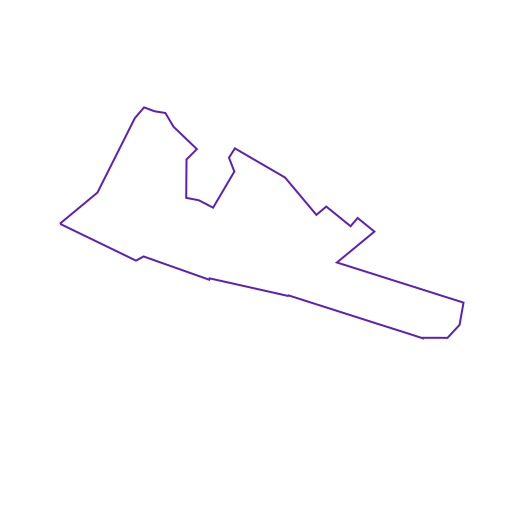 55, Ar Rayyān, Qatar, rotated 50°
{"feature_id": "91078587B56593237076105", "entity_name": "55", "entity_type": "district", "adm_level": 2, "iso_a3": "QAT", "parent_name": "Qatar", "parent_adm1": "Ar Rayyān", "projection": "natural_earth1", "projection_center": [51.389, 25.225], "detail": "fine", "context": "isolated", "style": "outline", "palette": "violet", "viewbox_px": 512, "rotation_deg": 50, "n_neighbors": 0, "source": "geoboundaries", "source_scale": "gbopen_adm2", "svg_char_len": 617}
<svg xmlns="http://www.w3.org/2000/svg" viewBox="0 0 512 512"><g transform="rotate(50 256 256)"><path d="M105.2,384.6L106.4,385.0L182.4,350.9L184.1,342.4L244.1,307.1L243.3,305.9L307.1,257.2L307.1,256.4L385.3,207.0L404.0,195.1L426.1,181.2L425.7,181.0L441.8,161.9L439.6,144.3L425.1,127.0L313.0,198.2L313.4,149.6L292.2,153.7L294.0,164.4L263.3,170.4L263.3,183.3L214.6,183.3L160.0,203.0L163.3,213.5L177.4,218.3L191.4,257.8L176.5,264.0L166.6,272.1L155.1,262.3L137.4,247.2L136.1,232.6L104.0,236.1L88.2,233.5L79.9,240.7L70.2,246.2L72.5,260.2L105.5,336.7L105.2,384.6Z" fill="none" stroke="#5b21b6" stroke-width="2"/></g></svg>